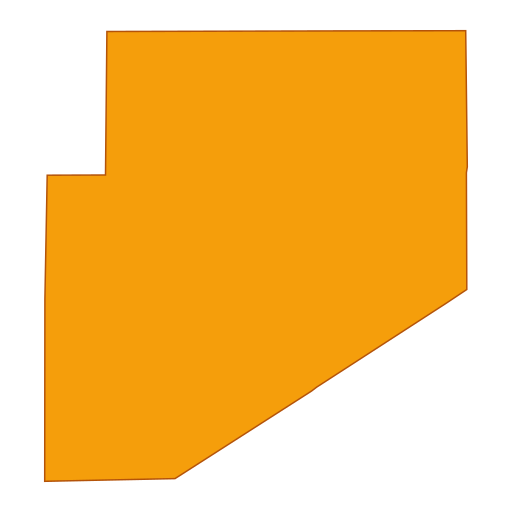 the district of Decatur, Indiana, United States of America
{"feature_id": "52423323B40737973056540", "entity_name": "Decatur", "entity_type": "district", "adm_level": 2, "iso_a3": "USA", "parent_name": "United States of America", "parent_adm1": "Indiana", "projection": "mercator", "projection_center": [-85.465, 39.292], "detail": "fine", "context": "isolated", "style": "filled", "palette": "amber", "viewbox_px": 512, "rotation_deg": 0, "n_neighbors": 0, "source": "geoboundaries", "source_scale": "gbopen_adm2", "svg_char_len": 306}
<svg xmlns="http://www.w3.org/2000/svg" viewBox="0 0 512 512"><path d="M466.8,289.5L466.4,172.7L467.3,166.8L465.7,30.7L340.1,30.9L106.9,31.5L105.5,175.0L47.2,175.2L44.9,299.1L44.7,481.3L175.0,478.6L311.6,391.0L316.7,387.1L446.7,302.9L466.8,289.5Z" fill="#f59e0b" stroke="#b45309" stroke-width="1.5"/></svg>